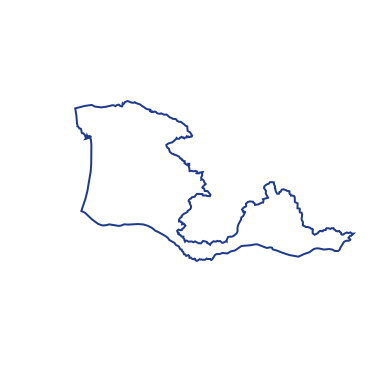 Timaru District, Canterbury, New Zealand (Natural Earth projection), rotated 140°
{"feature_id": "76426892B42496743885166", "entity_name": "Timaru District", "entity_type": "district", "adm_level": 2, "iso_a3": "NZL", "parent_name": "New Zealand", "parent_adm1": "Canterbury", "projection": "natural_earth1", "projection_center": [171.008, -43.976], "detail": "fine", "context": "isolated", "style": "outline", "palette": "blue", "viewbox_px": 384, "rotation_deg": 140, "n_neighbors": 0, "source": "geoboundaries", "source_scale": "gbopen_adm2", "svg_char_len": 6042}
<svg xmlns="http://www.w3.org/2000/svg" viewBox="0 0 384 384"><g transform="rotate(140 192 192)"><path d="M98.1,56.1L95.0,56.3L96.3,57.3L96.6,59.2L98.4,59.9L99.6,61.6L103.9,62.4L104.6,63.0L104.7,63.7L104.0,65.0L104.4,66.1L104.2,67.4L106.0,68.4L106.1,69.0L106.8,69.7L106.8,71.4L107.3,72.3L106.9,73.4L108.4,74.6L109.8,74.8L110.7,76.4L112.2,77.7L113.0,77.8L114.1,77.0L115.6,78.1L116.5,78.2L117.0,77.9L118.0,78.6L118.2,79.4L119.4,80.0L121.0,80.0L122.1,79.6L125.5,80.4L126.1,82.8L124.2,85.1L123.6,85.3L123.5,86.5L124.3,87.2L124.5,88.9L125.4,89.9L125.6,90.7L126.7,91.4L127.5,92.3L127.5,93.0L128.4,94.7L128.4,95.5L127.7,95.8L127.4,96.6L126.7,97.2L126.2,98.1L126.0,99.8L125.1,101.2L122.1,103.9L121.4,105.7L122.4,107.0L121.9,108.2L120.9,108.9L120.2,110.0L121.7,111.7L118.4,115.4L119.5,117.9L119.5,118.4L116.7,121.9L116.4,123.2L117.5,124.9L118.5,125.6L118.1,126.6L118.5,127.4L118.1,128.5L116.9,129.9L118.7,132.2L118.7,132.8L120.1,135.2L121.8,136.1L124.0,135.2L124.9,135.8L126.5,134.8L127.8,135.9L127.7,137.4L126.9,139.8L126.1,140.8L126.0,141.8L124.8,142.9L124.2,145.3L123.1,146.7L124.9,148.6L126.0,149.4L127.8,149.0L130.3,149.9L133.1,149.8L134.4,148.5L134.6,145.4L136.3,143.6L136.7,142.6L137.0,140.5L137.6,139.5L137.3,139.2L137.4,138.7L142.3,140.9L142.4,140.0L143.2,139.0L144.4,138.2L145.3,139.0L149.2,139.9L152.1,141.7L151.5,142.6L151.4,143.6L151.8,144.2L151.5,145.3L153.7,147.6L155.6,148.4L158.2,148.4L159.6,146.3L160.0,146.2L162.2,146.9L164.9,146.5L165.5,143.9L164.8,144.0L164.2,142.5L168.1,140.7L170.6,140.8L172.2,139.4L177.4,137.3L179.7,135.8L182.4,132.6L184.5,131.6L188.2,131.6L190.1,132.1L192.3,133.9L193.3,134.3L196.2,133.0L197.2,131.8L197.4,132.6L199.2,132.6L201.1,133.3L201.6,133.9L202.0,136.4L203.5,137.3L204.0,138.3L205.6,138.6L207.3,140.5L210.9,140.5L212.0,139.9L212.6,142.4L213.2,143.0L212.7,144.0L213.2,145.1L215.0,147.4L218.1,146.9L219.9,148.5L221.4,152.2L223.2,152.6L224.0,154.3L226.7,156.3L227.1,157.8L228.1,158.8L229.2,158.5L228.8,160.0L228.1,160.9L228.3,162.3L227.3,163.3L228.7,164.7L228.5,166.2L229.6,168.6L229.2,169.2L228.6,169.1L228.9,170.4L228.4,171.0L228.4,171.8L226.6,172.0L225.3,170.0L224.3,169.4L223.3,170.0L222.0,169.8L218.7,170.4L218.6,172.6L220.4,173.6L219.0,174.6L219.8,175.7L219.6,176.9L220.9,177.8L219.8,179.1L217.7,179.8L216.2,179.5L216.0,179.9L215.5,179.9L215.2,180.4L214.5,180.5L212.4,180.5L208.8,179.7L208.1,179.7L207.6,180.3L204.5,180.0L203.3,180.4L201.9,181.6L201.1,184.7L200.2,185.4L200.5,186.4L200.4,187.3L199.1,188.0L197.1,187.9L196.8,187.6L195.4,188.0L192.8,186.6L192.2,187.0L189.4,187.4L185.3,183.7L186.0,182.6L185.0,181.4L184.4,181.2L183.4,180.3L183.3,179.6L181.0,177.3L179.6,178.1L179.5,182.7L181.6,184.6L180.5,186.8L181.3,188.3L181.1,188.9L179.2,189.3L176.4,189.3L176.4,191.2L175.7,193.3L176.0,195.1L176.9,195.5L176.2,196.0L176.2,196.5L175.5,197.3L173.3,198.3L172.8,199.5L171.0,200.4L173.9,202.1L174.6,201.8L176.2,203.1L176.5,203.5L175.0,204.4L175.6,205.8L177.6,206.9L179.0,208.7L180.4,209.5L178.4,212.6L178.0,214.1L176.8,214.3L176.7,214.8L176.0,215.4L176.9,216.2L178.1,215.8L178.6,216.2L178.9,217.8L178.8,218.1L179.1,218.7L178.6,218.9L178.7,219.5L177.8,220.3L178.7,221.3L178.6,222.2L179.1,222.7L178.7,223.6L179.1,224.2L178.9,224.9L179.4,225.4L179.2,227.4L180.6,230.7L181.7,232.0L181.7,232.9L182.7,234.2L183.2,237.1L181.8,240.1L182.4,242.0L182.0,243.5L181.4,244.6L178.7,244.3L175.1,242.7L170.4,242.8L169.1,243.3L169.0,242.2L167.5,241.0L165.8,241.3L165.5,240.9L164.5,240.9L164.3,239.8L163.7,239.5L163.8,238.9L163.5,238.0L162.0,238.1L161.0,237.2L160.2,237.8L160.1,237.3L159.2,237.0L159.3,236.2L158.6,235.6L157.3,235.3L156.8,234.7L155.7,235.0L155.1,238.9L156.1,241.6L153.5,245.3L154.4,247.2L154.6,249.3L155.6,253.2L156.8,254.0L157.7,256.3L157.4,257.7L157.6,258.5L159.4,260.0L159.9,260.8L160.0,261.8L161.0,263.3L161.7,267.7L163.6,269.1L165.1,272.1L166.3,272.5L167.8,274.2L168.1,275.0L168.2,276.5L168.7,277.5L170.4,278.1L171.8,279.6L171.6,280.2L171.3,280.1L171.8,280.8L171.6,281.3L172.1,281.4L171.8,282.3L171.4,282.3L173.0,284.2L173.8,285.7L174.1,287.4L175.3,291.1L175.3,292.1L178.1,296.8L178.1,297.6L179.7,298.1L180.6,299.0L182.9,303.1L185.5,304.0L187.8,303.3L188.1,303.4L188.2,304.4L190.3,302.6L190.7,302.6L191.8,304.3L191.8,305.7L192.1,306.1L194.2,307.0L195.4,306.9L196.3,308.8L197.5,309.8L202.4,312.2L207.2,315.2L211.5,319.9L212.8,323.1L218.7,326.8L227.7,331.1L231.5,324.8L236.1,318.3L236.9,316.5L237.6,315.9L237.2,315.0L237.4,312.9L236.6,312.2L236.5,311.5L238.3,308.4L238.4,307.6L237.6,306.9L237.4,305.2L238.1,302.6L238.9,301.2L239.4,301.1L238.6,300.7L238.5,301.0L238.8,301.2L238.4,301.6L238.2,301.3L237.4,302.2L237.3,301.6L237.2,302.3L236.5,302.9L236.2,302.6L236.7,302.2L236.2,302.6L236.4,302.0L236.0,302.3L236.8,300.9L237.0,301.0L237.3,301.3L236.9,300.9L237.0,300.4L237.6,300.7L236.7,300.1L236.1,301.4L235.4,301.2L234.4,300.7L234.6,300.1L234.1,299.5L235.5,298.3L235.7,297.2L239.0,292.5L251.6,277.8L256.6,272.7L271.5,260.0L278.3,255.1L289.0,248.6L287.3,244.8L286.2,235.2L284.4,227.9L282.6,224.7L281.6,223.5L279.0,221.7L276.2,220.4L270.0,213.2L268.0,211.9L264.7,210.8L261.9,208.1L254.0,202.2L250.1,198.4L247.7,194.7L245.8,190.5L244.9,185.7L243.4,182.7L240.6,175.1L240.0,172.2L240.2,169.7L238.1,164.2L238.4,161.8L237.1,158.9L237.8,155.6L236.9,154.6L237.6,153.1L237.2,151.7L238.2,149.5L237.3,148.5L237.6,146.8L235.3,145.9L235.2,144.9L236.3,143.2L235.1,142.5L234.9,140.7L234.3,139.8L232.7,139.2L232.6,138.8L233.1,137.7L232.7,136.3L231.8,135.8L229.4,135.7L228.8,134.7L227.9,134.1L227.5,133.3L226.0,132.1L225.2,131.6L223.5,131.6L223.1,130.6L221.0,128.9L221.1,127.8L220.9,127.5L219.5,127.5L214.7,129.0L213.2,128.7L210.8,126.8L207.8,125.7L204.4,122.2L200.6,121.6L196.6,119.6L188.7,118.8L181.7,113.8L177.1,111.2L175.4,109.6L170.8,101.2L167.8,99.4L166.7,98.2L166.5,97.7L167.0,96.4L166.9,95.9L164.5,92.4L161.9,87.5L157.9,81.1L152.1,74.1L145.9,72.4L140.8,70.4L135.4,70.0L133.0,68.9L131.2,67.4L128.0,63.2L123.4,60.0L121.3,57.4L120.7,55.2L118.0,52.9L116.0,52.9L113.8,54.1L107.6,56.1L105.1,55.5L103.1,53.8L101.7,53.6L101.3,53.8L101.6,56.3L99.0,56.8L98.1,56.1Z" fill="none" stroke="#1e3a8a" stroke-width="2"/></g></svg>